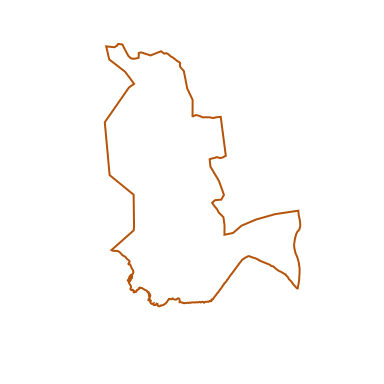 outline of Ciceron, Castries, Saint Lucia, rotated 292°
{"feature_id": "8701671B92087442166631", "entity_name": "Ciceron", "entity_type": "district", "adm_level": 2, "iso_a3": "LCA", "parent_name": "Saint Lucia", "parent_adm1": "Castries", "projection": "orthographic", "projection_center": [-61.013, 13.992], "detail": "fine", "context": "isolated", "style": "outline", "palette": "amber", "viewbox_px": 384, "rotation_deg": 292, "n_neighbors": 0, "source": "geoboundaries", "source_scale": "gbopen_adm2", "svg_char_len": 5770}
<svg xmlns="http://www.w3.org/2000/svg" viewBox="0 0 384 384"><g transform="rotate(292 192 192)"><path d="M214.5,297.6L202.7,277.5L190.4,261.6L179.3,250.5L169.4,245.4L164.5,238.1L173.4,234.6L180.5,230.5L183.0,224.4L185.2,222.0L188.3,216.4L189.5,214.7L193.0,216.4L195.9,222.0L201.3,222.7L212.4,212.8L222.4,199.6L229.0,196.1L229.4,196.6L230.5,197.8L230.9,198.4L231.4,199.4L232.6,200.8L233.1,201.2L233.6,201.9L233.9,203.7L233.9,205.1L234.3,205.9L234.6,206.1L235.4,207.5L236.0,207.9L236.6,208.4L237.2,208.8L238.2,209.8L272.4,190.5L272.0,189.7L270.7,187.1L270.1,186.2L269.8,185.5L269.1,185.0L268.9,184.6L268.6,183.9L268.3,182.9L267.8,180.2L267.5,179.4L266.5,176.8L266.1,175.9L265.3,174.3L265.2,173.8L265.3,172.3L265.3,170.2L265.0,167.9L264.8,166.8L263.7,165.6L262.6,164.7L262.5,164.1L277.6,158.1L286.2,148.8L301.1,139.1L302.4,136.4L303.7,134.1L305.5,133.1L307.1,132.7L307.6,131.8L307.9,129.3L309.5,124.1L309.7,121.8L311.0,118.0L311.1,116.5L310.5,115.3L309.9,114.5L310.1,113.9L310.2,112.9L310.9,110.6L303.1,102.4L302.4,92.5L300.9,90.6L300.2,90.9L296.4,92.2L294.2,89.1L293.2,86.8L293.2,84.9L293.9,83.1L294.4,81.9L300.7,74.4L302.6,72.4L302.6,71.9L302.7,71.4L302.3,70.8L302.0,69.7L301.9,68.9L301.5,68.1L300.9,67.7L300.0,67.9L299.5,67.7L299.3,67.3L299.1,67.1L298.7,67.0L297.7,66.3L297.1,65.7L294.9,57.9L283.9,65.6L278.4,85.0L270.6,97.8L265.3,94.4L224.0,85.0L176.8,109.3L167.6,138.9L137.8,151.4L134.5,152.3L124.7,147.4L108.0,139.1L107.9,140.1L108.0,140.9L108.1,141.5L109.3,144.6L109.5,145.4L109.4,146.0L109.2,146.7L109.1,147.4L108.6,148.8L107.7,150.3L107.2,151.9L107.1,153.2L107.0,154.0L106.7,154.9L106.3,155.6L106.1,155.8L105.9,156.1L105.3,157.7L105.2,158.4L104.6,159.6L104.3,160.1L103.7,160.2L103.4,160.3L103.0,160.2L102.6,160.0L102.2,159.9L101.7,160.0L101.4,160.1L101.2,160.5L101.6,160.9L101.7,161.5L101.5,161.8L100.7,162.8L98.4,165.0L97.8,166.0L97.2,166.7L96.8,167.0L95.9,167.6L95.1,167.8L94.3,167.8L92.7,167.5L92.4,167.4L92.7,167.0L92.6,166.7L92.4,166.5L92.1,166.6L91.5,167.0L91.4,167.2L91.5,167.3L91.7,167.6L91.5,167.9L91.3,168.1L90.9,168.3L90.3,168.4L89.7,168.5L89.4,168.5L88.9,168.2L88.6,168.0L88.4,167.7L88.5,167.4L88.8,166.8L89.1,166.6L90.0,166.6L90.7,166.9L91.0,167.0L91.6,166.7L91.3,166.1L91.0,166.0L90.5,165.9L90.0,165.8L89.2,165.8L88.0,166.0L87.8,166.0L87.7,165.9L87.0,165.8L86.7,165.7L86.1,165.5L85.9,165.6L85.7,165.8L85.8,166.0L86.0,166.2L86.4,166.2L86.9,166.2L87.6,166.2L88.3,166.5L88.4,166.8L88.3,167.1L87.9,167.8L87.4,168.1L86.8,168.1L85.8,167.8L85.3,167.5L84.8,167.4L84.4,167.4L84.0,167.7L82.4,169.9L81.9,170.5L81.3,171.0L80.6,171.2L80.1,171.2L79.8,171.1L79.4,171.1L79.0,171.2L78.8,171.4L78.5,171.8L78.4,172.3L78.4,173.0L78.7,173.2L79.1,173.5L78.9,174.5L78.4,175.4L78.0,175.4L77.8,175.3L77.4,175.3L77.2,175.5L77.8,176.6L78.6,177.6L78.9,177.6L79.4,177.4L79.8,177.7L80.1,177.6L80.5,177.7L80.7,178.1L81.1,178.4L81.8,178.8L82.1,178.7L82.3,178.7L83.2,178.9L83.7,179.3L83.4,179.6L83.6,179.7L83.9,180.7L84.2,181.5L84.1,182.0L83.6,185.0L83.6,186.3L83.4,187.2L83.3,187.5L83.0,187.9L82.5,188.3L82.9,189.1L82.8,189.3L82.5,189.5L82.2,189.4L82.1,190.2L81.9,190.7L81.6,190.9L81.7,190.6L81.4,190.3L81.1,190.3L81.0,190.6L80.7,190.9L80.2,190.9L79.7,191.1L79.8,191.3L80.0,191.3L80.7,191.6L80.7,191.9L80.2,192.2L79.6,192.3L79.0,192.3L78.4,192.2L77.2,192.0L76.4,191.9L75.5,192.1L75.4,192.5L76.0,193.0L75.3,193.2L75.5,194.0L75.9,194.1L75.9,194.4L75.8,194.6L75.4,194.6L74.9,194.4L74.4,194.6L73.8,194.9L73.4,195.9L73.2,196.8L73.4,197.1L73.9,197.5L74.3,198.0L73.8,198.0L73.0,198.6L72.9,199.2L73.2,199.9L73.6,200.5L74.3,201.1L74.6,201.1L75.0,200.9L75.2,201.0L75.1,201.3L75.3,201.7L75.3,201.9L75.2,202.1L74.8,202.0L74.7,202.1L74.3,202.3L73.9,202.9L73.6,203.6L73.8,204.5L74.1,205.0L74.6,205.4L75.0,205.4L75.5,206.5L75.8,206.7L75.9,207.1L76.6,207.8L78.8,209.3L80.4,209.9L83.0,210.4L83.2,210.6L84.1,210.6L84.5,211.4L84.6,211.9L84.6,212.4L85.1,213.4L85.7,213.6L86.1,214.0L86.0,214.4L85.8,214.9L85.8,215.2L85.8,216.0L85.9,216.8L86.4,217.7L86.7,218.0L87.2,218.2L88.1,218.9L88.3,219.2L88.3,219.5L88.1,220.0L87.9,220.5L87.4,220.8L86.0,221.6L85.4,221.7L85.2,221.8L85.7,222.5L85.6,223.0L85.7,223.9L85.9,224.5L86.0,224.9L85.7,225.4L85.7,225.6L85.9,225.8L86.1,226.6L86.6,227.7L87.3,228.8L87.7,229.3L87.8,230.0L87.8,230.6L88.6,231.3L88.8,231.8L88.8,232.2L89.0,232.6L89.5,233.2L89.7,233.6L90.4,235.1L90.6,235.9L90.7,236.3L91.0,236.6L91.5,237.4L91.7,238.3L92.1,239.2L92.4,239.4L92.9,240.4L93.0,241.0L92.9,241.3L92.9,241.5L93.6,242.1L93.9,242.5L94.2,243.2L94.3,243.8L94.2,244.3L93.9,244.7L94.0,244.8L94.3,244.9L95.2,245.7L95.7,246.7L96.0,247.3L96.2,247.6L96.2,247.9L96.4,248.5L97.5,249.1L97.7,249.4L97.6,250.1L97.7,250.3L98.0,250.6L98.6,250.9L98.8,250.8L99.1,250.5L99.7,250.5L100.0,250.8L100.1,251.3L100.4,251.5L100.8,251.7L101.0,251.6L101.6,251.8L101.8,251.8L103.5,252.2L105.6,252.9L107.2,253.2L108.2,253.6L109.0,253.9L111.9,254.5L113.3,255.0L116.0,255.6L117.9,255.9L118.1,256.2L118.3,256.2L118.9,256.1L119.4,256.2L119.7,256.5L121.2,257.0L122.5,257.4L123.2,257.4L123.8,257.6L124.5,257.9L125.1,258.0L125.6,258.0L127.6,258.6L128.8,258.7L131.6,259.6L140.6,261.9L141.0,262.0L141.6,262.3L142.1,262.4L142.7,262.4L144.4,262.9L145.8,263.4L147.5,263.8L148.3,264.2L151.1,266.0L152.4,267.3L153.0,267.6L153.8,268.7L154.0,269.8L153.9,270.5L153.9,271.2L154.3,275.8L154.2,277.6L153.9,279.2L154.1,279.3L153.7,281.0L153.7,291.6L153.1,293.3L153.5,295.1L152.0,299.4L151.3,302.6L151.4,303.9L151.1,305.9L150.5,309.3L150.6,309.7L150.3,309.8L148.8,313.1L147.5,314.4L147.1,315.5L146.2,317.8L145.5,318.7L144.0,321.1L143.4,322.6L142.1,325.1L142.2,326.1L146.8,325.2L150.5,324.3L155.6,322.6L160.8,320.7L166.5,317.5L171.2,313.9L173.9,311.0L178.0,308.1L181.3,306.4L187.0,305.0L191.6,304.4L194.3,304.5L197.4,305.6L200.7,305.2L203.6,304.0L206.5,302.4L210.5,299.6L214.5,297.6Z" fill="none" stroke="#b45309" stroke-width="2"/></g></svg>